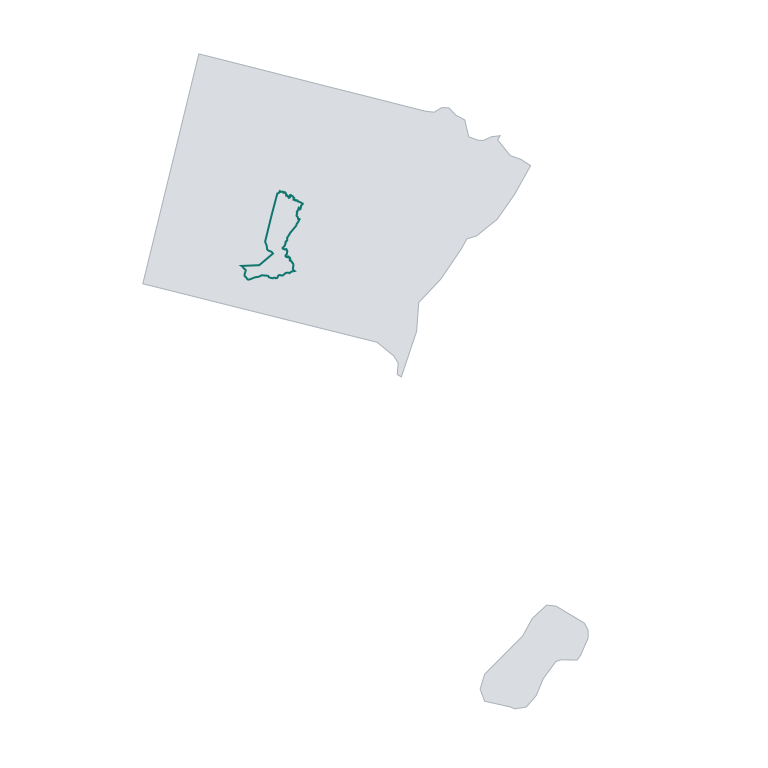 Ayene, Wele-Nzás, Equatorial Guinea (highlighted), rotated 194°
{"feature_id": "11065452B61336086634219", "entity_name": "Ayene", "entity_type": "district", "adm_level": 2, "iso_a3": "GNQ", "parent_name": "Equatorial Guinea", "parent_adm1": "Wele-Nzás", "projection": "robinson", "projection_center": [10.614, 1.791], "detail": "fine", "context": "in_parent", "style": "outline", "palette": "teal", "viewbox_px": 768, "rotation_deg": 194, "n_neighbors": 0, "source": "geoboundaries", "source_scale": "gbopen_adm2", "svg_char_len": 5509}
<svg xmlns="http://www.w3.org/2000/svg" viewBox="0 0 768 768"><g transform="rotate(194 384 384)"><path d="M642.3,422.9L642.5,469.8L642.7,509.5L642.9,552.4L643.2,597.1L643.4,635.0L643.5,659.5L606.9,659.4L558.2,659.2L509.6,659.0L460.9,658.9L436.5,658.8L409.6,658.7L400.9,659.9L394.9,666.1L387.8,667.6L379.5,662.3L369.4,659.7L366.7,654.3L361.6,644.3L351.6,643.3L346.6,644.3L339.4,650.0L331.3,653.0L332.8,648.4L316.8,636.2L305.2,635.0L294.6,631.3L303.2,599.4L314.0,571.3L330.1,550.0L338.7,544.9L341.5,534.3L354.2,499.6L370.0,471.5L365.1,443.0L368.9,395.1L373.4,396.4L374.2,401.0L375.3,407.7L381.3,413.6L400.9,422.8L459.5,422.8L494.4,422.8L546.0,422.8L600.7,422.9L642.3,422.9ZM178.5,100.4L182.9,101.2L209.6,100.5L216.9,111.2L216.1,126.9L188.5,173.0L183.4,192.4L172.7,208.8L163.5,210.1L131.8,200.5L126.4,194.6L124.5,186.8L127.6,168.4L129.9,162.8L145.2,159.3L150.1,156.4L158.2,136.6L160.9,118.6L167.8,105.0L178.5,100.4Z" fill="#d9dde1" stroke="#a8b0b8" stroke-width="1"/><path d="M533.6,543.0L533.6,542.9L533.9,520.6L533.8,493.4L533.2,492.5L532.3,491.3L531.5,490.1L530.8,488.6L530.4,487.5L529.9,486.3L529.2,485.9L527.7,485.3L526.2,485.3L524.9,485.0L524.1,484.3L523.3,483.7L533.8,469.1L550.8,464.1L549.3,463.5L547.9,462.1L546.3,461.6L545.6,460.8L545.8,456.5L545.3,455.0L543.8,454.3L542.3,452.9L541.2,452.4L540.2,452.7L538.8,453.5L536.5,455.3L534.2,456.7L532.6,457.2L530.6,458.4L529.0,459.9L526.7,460.3L524.7,460.6L523.2,460.9L522.5,460.8L521.5,459.7L519.3,459.6L517.7,459.7L517.3,459.7L516.7,460.4L515.5,460.8L514.7,460.4L513.4,460.9L512.9,462.1L513.0,463.2L512.3,464.1L511.3,464.6L509.5,464.4L508.1,465.2L507.4,466.4L506.8,467.0L506.3,468.0L505.9,468.1L504.5,468.7L503.0,468.9L502.5,468.7L501.9,469.5L501.0,470.7L498.1,472.0L498.3,472.1L499.0,472.4L499.4,472.7L499.9,473.2L500.1,473.4L500.2,473.7L500.4,474.3L500.4,474.7L500.5,475.2L500.4,475.5L500.5,476.3L500.6,477.1L500.8,477.7L500.9,478.1L501.2,478.7L501.5,478.9L502.0,479.4L502.5,479.5L502.8,480.0L503.4,480.7L504.0,480.8L504.3,480.9L504.6,480.8L504.8,481.1L504.8,481.4L505.2,481.3L505.3,481.3L505.3,481.8L505.5,482.3L505.7,482.5L505.6,483.3L505.5,483.5L505.8,483.8L506.3,484.0L506.5,484.1L506.9,483.9L507.2,483.7L507.4,483.7L507.5,484.0L507.6,484.4L507.7,484.6L508.0,484.6L508.4,484.3L508.5,484.1L508.8,483.8L509.3,483.6L509.6,483.8L509.8,483.9L510.2,483.9L510.4,484.1L510.6,485.0L510.5,485.4L510.3,485.7L510.1,485.7L509.8,486.4L509.8,486.6L509.7,486.9L509.7,487.1L509.9,488.2L510.0,488.8L510.0,489.1L509.9,489.5L510.3,490.1L510.6,490.5L510.8,490.6L511.1,490.9L511.5,491.3L511.8,491.1L512.2,490.7L512.5,490.5L512.9,490.6L513.1,490.7L513.4,490.6L513.5,490.6L513.9,490.8L514.2,490.8L514.5,490.7L514.7,490.8L514.9,490.9L515.3,491.3L515.3,491.6L515.2,491.7L515.0,492.0L514.7,492.3L514.7,492.5L514.4,493.3L513.9,493.8L513.8,494.4L513.6,494.8L513.7,495.4L513.7,496.0L513.5,496.5L513.4,496.8L513.4,497.0L513.5,497.3L513.8,497.6L514.0,497.8L514.0,498.0L513.6,498.8L513.4,499.1L512.9,499.4L512.8,499.5L512.7,499.8L512.7,500.3L512.8,500.6L513.4,502.5L513.2,503.0L512.9,503.5L512.7,504.0L512.6,504.6L512.4,505.1L512.3,505.7L511.9,506.1L511.9,506.6L511.9,507.2L511.6,507.7L511.4,508.2L511.5,508.4L511.3,508.7L511.1,508.9L510.5,510.1L510.0,511.1L509.9,511.5L509.7,511.8L509.4,512.3L509.3,512.8L509.1,513.2L508.9,513.5L508.7,513.8L508.5,514.1L508.3,514.6L508.0,515.2L507.9,515.6L507.7,516.1L507.6,516.4L507.5,516.8L507.4,517.1L507.4,517.6L507.4,518.3L507.2,518.8L507.0,519.0L506.9,519.2L506.9,519.5L506.9,519.8L506.8,520.1L506.7,520.2L506.6,520.3L506.4,520.4L506.4,520.8L506.4,521.3L506.2,521.7L506.2,521.8L505.7,523.3L505.8,523.6L506.0,523.6L506.7,523.1L506.9,523.0L507.1,523.2L507.4,523.5L507.6,523.9L507.6,524.2L507.7,524.4L507.8,524.8L508.0,525.0L508.5,525.4L508.7,525.6L509.3,525.8L509.5,526.1L509.7,526.7L509.7,527.1L509.7,527.4L509.5,528.0L509.4,528.3L509.8,528.8L510.0,529.1L510.2,529.5L510.2,529.8L510.1,530.3L509.7,530.8L509.6,531.2L509.7,531.4L509.8,531.5L509.7,531.7L509.5,532.0L509.4,532.6L509.4,533.1L509.4,533.3L509.5,533.8L509.4,534.1L509.2,533.8L508.9,533.6L508.7,533.4L508.3,533.2L508.1,533.1L507.9,533.0L507.7,533.2L507.5,533.3L507.4,533.6L507.4,534.0L507.4,534.6L507.6,534.8L507.6,535.0L507.4,535.3L507.4,535.8L507.5,536.0L507.6,536.3L507.6,536.5L507.5,537.0L507.4,537.4L507.1,537.8L506.9,538.0L506.6,538.4L506.5,539.0L506.5,539.4L506.8,539.4L507.3,539.4L507.7,539.6L507.9,539.7L508.1,539.8L508.4,539.9L508.8,540.0L509.2,540.1L509.8,540.2L510.1,540.3L510.7,540.3L511.8,540.3L512.1,540.5L512.3,541.0L512.6,541.2L513.1,541.1L513.5,541.1L513.8,540.7L514.0,540.8L514.1,541.0L514.4,541.1L514.6,540.9L514.9,540.7L515.5,540.9L515.6,541.0L515.8,541.0L516.4,541.0L516.3,541.4L516.2,541.8L516.5,542.0L516.8,542.5L516.7,542.7L516.5,542.8L516.4,542.9L516.8,543.1L517.1,543.3L517.5,543.7L518.2,544.3L519.4,544.2L519.7,544.1L520.0,544.2L520.0,544.5L520.3,544.9L520.5,544.8L520.9,544.4L521.0,544.1L520.9,543.8L520.7,543.5L520.5,543.2L520.3,542.9L520.3,542.6L520.6,542.1L521.0,541.8L521.2,541.6L521.5,541.9L521.9,542.0L522.0,542.4L522.2,542.8L522.5,542.9L522.9,542.9L523.1,543.1L523.3,543.5L523.5,543.6L523.9,543.3L524.1,543.2L524.6,543.1L524.8,543.5L524.8,544.1L524.9,544.6L525.1,544.9L525.3,545.2L525.6,545.5L525.8,545.5L526.4,545.7L526.6,546.1L527.1,545.9L527.4,545.2L527.8,545.2L528.0,545.6L528.3,546.1L529.3,546.0L529.6,545.9L530.0,545.6L530.4,545.7L530.8,545.5L531.1,545.3L531.2,545.5L531.5,545.9L531.7,546.0L532.1,544.7L532.2,544.1L532.4,543.8L532.7,543.6L532.8,543.5L533.1,543.4L533.4,543.1L533.6,543.0Z" fill="none" stroke="#0f766e" stroke-width="2"/></g></svg>